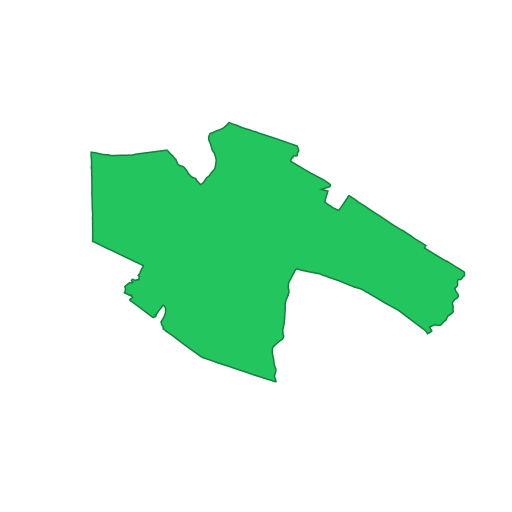 the district of Tufeni, Olt, Romania, rotated 34°
{"feature_id": "2599482B16239538669932", "entity_name": "Tufeni", "entity_type": "district", "adm_level": 2, "iso_a3": "ROU", "parent_name": "Romania", "parent_adm1": "Olt", "projection": "robinson", "projection_center": [24.804, 44.357], "detail": "fine", "context": "isolated", "style": "filled", "palette": "green", "viewbox_px": 512, "rotation_deg": 34, "n_neighbors": 0, "source": "geoboundaries", "source_scale": "gbopen_adm2", "svg_char_len": 6071}
<svg xmlns="http://www.w3.org/2000/svg" viewBox="0 0 512 512"><g transform="rotate(34 256 256)"><path d="M342.7,349.3L342.8,348.8L341.0,347.2L338.9,345.8L338.2,344.8L337.0,340.7L335.9,338.7L333.8,337.3L332.1,336.0L331.1,335.4L331.1,335.0L330.8,334.6L328.1,331.5L325.1,328.7L323.2,326.4L321.6,323.8L321.2,322.8L321.0,322.3L321.0,321.9L322.5,315.6L323.2,313.3L324.5,310.1L324.2,308.1L324.0,307.4L323.7,307.0L323.4,306.7L321.5,305.0L320.8,303.8L320.1,303.1L319.5,302.4L319.1,301.4L318.9,300.5L317.6,297.4L314.9,292.2L312.8,288.7L309.7,283.3L308.0,281.0L306.9,279.2L306.3,277.9L305.3,274.8L305.4,274.7L305.4,274.4L304.9,272.8L304.9,272.3L304.8,271.8L304.8,270.9L304.8,270.7L304.2,270.1L304.0,269.7L304.0,268.6L303.8,267.9L303.0,267.1L302.7,266.5L302.2,265.7L301.6,265.2L301.0,265.0L300.3,264.0L298.7,261.2L298.4,260.8L297.9,259.2L297.7,256.3L297.2,252.4L297.0,251.4L297.0,248.9L296.7,248.7L296.8,247.9L296.6,247.1L296.5,245.0L296.6,244.4L296.7,244.2L297.3,243.8L302.3,242.1L308.0,239.8L315.2,236.7L317.1,235.8L319.8,234.8L321.1,234.6L322.6,234.6L323.5,234.1L324.3,233.8L328.8,232.8L338.5,230.2L355.6,226.6L357.2,225.9L358.9,225.5L358.9,225.4L361.4,224.7L362.9,224.4L379.4,223.3L388.4,222.9L403.9,221.4L405.1,221.4L424.6,222.5L436.7,223.0L438.6,223.3L440.6,224.1L441.8,224.4L442.3,223.4L443.6,220.5L443.7,220.0L443.6,219.7L442.8,219.2L441.9,219.2L440.8,218.4L439.9,218.4L439.6,218.1L439.5,217.8L439.7,217.4L440.5,216.6L440.8,215.9L443.1,212.8L444.1,212.3L445.2,212.1L446.0,211.6L447.4,210.4L447.9,209.6L448.0,209.0L448.0,208.3L448.5,205.6L448.7,204.2L449.1,203.8L449.3,202.8L449.3,202.4L449.1,201.9L448.6,198.5L448.6,198.2L449.7,196.5L449.8,195.7L450.1,195.2L450.2,194.5L450.6,193.3L450.7,192.0L450.5,191.5L449.1,190.3L448.4,188.5L447.8,188.0L447.3,187.1L446.7,186.6L446.3,186.6L445.7,185.7L445.3,185.3L444.9,184.5L445.1,182.1L445.0,181.0L446.0,179.3L446.2,178.5L446.4,177.3L446.3,176.6L446.1,176.1L445.5,175.4L444.6,174.7L442.3,173.8L441.5,173.6L440.1,172.4L439.1,172.0L438.9,171.7L438.9,171.2L439.1,170.9L439.2,170.3L439.4,169.7L439.4,169.1L439.6,168.5L439.6,168.0L439.4,167.4L438.4,165.9L437.7,165.3L437.5,164.5L437.0,163.7L436.8,162.9L436.8,162.7L437.0,162.3L437.9,161.9L438.4,161.5L439.1,160.3L439.3,159.5L439.2,157.1L439.3,156.9L439.7,156.4L439.8,155.7L439.7,155.4L439.3,155.0L438.9,154.3L437.9,153.0L436.7,152.8L427.0,153.3L416.9,153.5L416.9,154.0L391.2,155.2L391.0,152.3L377.6,152.9L374.5,152.7L362.6,152.8L362.1,153.2L352.6,153.6L337.7,153.6L329.2,153.8L317.4,153.8L310.3,154.1L309.7,154.1L309.2,153.8L299.4,153.9L299.2,154.0L299.2,156.0L299.3,162.9L299.2,171.7L297.7,172.2L292.7,173.0L291.4,173.0L290.5,172.8L287.9,173.0L282.9,172.8L281.1,167.9L279.4,162.0L272.9,164.2L278.4,157.4L278.5,157.1L278.5,156.6L278.4,156.3L277.8,155.4L277.2,155.2L275.8,155.0L274.1,155.1L272.5,155.0L268.8,155.1L256.1,156.6L253.2,156.8L246.2,157.3L231.6,158.0L231.6,157.6L231.3,157.3L231.3,156.9L231.1,156.5L230.9,155.5L231.0,154.9L231.5,153.8L231.5,153.4L231.2,152.8L231.3,152.2L231.7,151.6L232.6,151.0L233.2,150.8L233.6,150.5L233.8,150.2L233.9,149.5L234.0,149.3L233.3,148.4L233.1,148.0L233.0,147.6L232.7,147.0L232.7,145.9L232.6,145.0L232.4,144.5L231.6,144.1L230.4,143.0L229.3,142.4L228.8,141.9L228.6,141.8L203.7,148.4L189.6,152.5L186.8,153.1L186.2,153.0L185.4,153.6L184.6,153.8L183.9,154.2L181.6,154.6L180.0,155.0L177.5,155.9L173.4,157.1L170.4,157.8L168.2,158.1L166.2,158.6L164.7,159.0L163.2,159.6L161.3,159.9L158.9,160.6L158.6,163.2L158.0,166.1L157.3,168.3L156.7,169.5L154.8,172.4L153.1,174.5L152.2,176.0L151.3,177.8L149.8,179.5L149.5,180.1L149.5,180.8L149.6,181.5L150.3,183.9L150.9,184.9L151.9,186.1L153.3,187.1L154.9,188.0L160.6,192.7L162.1,193.4L163.8,194.0L165.9,195.5L168.8,198.1L169.6,199.2L170.3,200.4L171.2,202.2L172.6,205.5L172.9,206.5L173.0,207.2L172.9,208.9L172.4,212.0L172.3,213.2L172.4,214.7L172.4,215.7L171.4,218.6L171.3,219.5L171.3,223.3L171.2,225.0L170.7,226.5L170.0,227.9L167.5,227.2L165.2,226.8L164.7,226.5L163.9,226.3L163.6,225.9L162.5,225.5L161.0,226.0L160.7,226.0L160.3,226.0L160.1,226.2L159.0,226.3L157.0,226.2L156.5,226.1L155.8,225.8L153.7,225.5L153.0,225.2L152.9,224.9L150.4,223.7L149.5,223.7L148.1,223.1L147.8,223.2L147.4,222.9L146.6,222.7L145.2,222.9L144.8,222.8L142.7,223.5L142.2,223.5L141.5,223.7L140.5,223.6L139.0,223.1L136.0,221.0L135.4,220.7L135.1,220.6L134.8,220.7L133.1,220.3L131.4,219.7L127.0,218.9L126.1,218.6L123.0,218.0L100.4,237.9L99.0,239.2L96.5,242.1L96.2,242.1L95.2,242.8L94.4,243.3L91.8,245.3L88.1,247.7L81.6,252.5L79.3,253.9L78.7,254.2L77.5,254.5L76.7,254.8L75.3,255.8L71.9,257.6L66.0,259.9L61.3,262.1L63.1,264.9L66.2,268.8L68.9,272.7L70.0,274.8L70.2,274.5L81.2,290.2L85.0,296.0L87.6,299.5L94.3,309.0L97.3,312.7L99.4,316.3L100.3,317.3L104.2,323.2L106.0,325.6L112.4,335.3L113.4,335.0L119.5,334.1L126.8,333.2L135.7,331.7L141.1,331.0L168.0,327.0L168.1,327.3L168.9,333.9L169.3,334.3L169.4,335.5L169.2,337.8L169.2,338.1L169.6,338.2L170.8,338.1L171.1,338.9L172.0,341.4L170.8,342.1L169.4,343.8L168.4,344.0L167.0,344.1L166.7,344.4L166.3,345.5L166.3,345.9L167.0,346.3L168.4,346.5L168.6,346.6L168.7,346.8L168.6,347.2L167.1,348.4L166.4,348.8L166.1,348.8L165.5,350.6L164.4,354.3L164.4,354.6L164.6,355.0L165.6,355.7L165.9,355.9L167.3,358.3L167.4,358.7L167.2,359.7L167.3,360.1L171.8,359.4L172.4,359.4L172.6,359.5L173.3,359.1L173.7,358.7L174.6,358.0L174.7,358.9L175.1,359.0L176.8,359.2L176.8,359.8L176.7,360.3L175.9,361.7L175.8,362.8L175.8,363.0L176.5,363.3L187.0,363.6L202.5,364.5L204.9,364.5L205.2,364.4L205.5,364.1L205.9,363.3L206.6,362.4L206.7,362.0L206.5,361.1L206.1,360.5L205.5,360.5L205.9,360.0L206.0,359.4L206.1,355.0L206.3,352.5L206.4,350.7L206.3,349.0L206.5,348.7L208.3,348.9L209.6,349.4L210.1,349.9L210.4,350.0L210.6,350.6L210.9,350.7L211.2,351.0L211.7,352.1L212.1,352.6L212.8,354.0L213.2,355.4L213.4,356.3L213.7,357.4L213.8,358.1L214.0,360.5L214.0,361.9L214.2,363.9L216.4,365.8L217.1,366.1L218.3,366.3L219.3,367.7L220.0,368.4L222.8,368.3L223.1,368.7L229.8,368.6L246.3,369.6L259.4,370.0L267.8,370.2L278.5,367.3L284.0,366.0L295.5,362.6L303.1,360.6L312.5,357.9L319.7,356.1L342.7,349.3Z" fill="#22c55e" stroke="#15803d" stroke-width="1.5"/></g></svg>